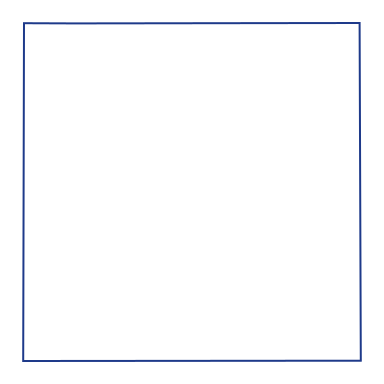 outline of Midland, Texas, United States of America
{"feature_id": "52423323B34026516853793", "entity_name": "Midland", "entity_type": "district", "adm_level": 2, "iso_a3": "USA", "parent_name": "United States of America", "parent_adm1": "Texas", "projection": "albers", "projection_center": [-102.104, 31.869], "detail": "fine", "context": "isolated", "style": "outline", "palette": "blue", "viewbox_px": 384, "rotation_deg": 0, "n_neighbors": 0, "source": "geoboundaries", "source_scale": "gbopen_adm2", "svg_char_len": 191}
<svg xmlns="http://www.w3.org/2000/svg" viewBox="0 0 384 384"><path d="M24.0,23.2L23.2,361.0L360.8,360.7L359.6,23.0L73.8,23.4L24.0,23.2Z" fill="none" stroke="#1e3a8a" stroke-width="2"/></svg>